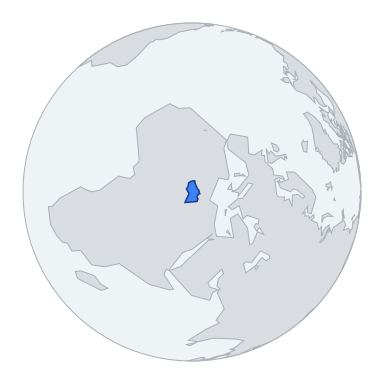 the Earth from above Murzuq, rotated 87°
{"feature_id": "LBY-2969", "entity_name": "Murzuq", "entity_type": "Municipality", "adm_level": 1, "iso_a3": "LBY", "parent_name": "Libya", "parent_adm1": "", "projection": "orthographic", "projection_center": [15.489, 24.47], "detail": "fine", "context": "on_globe", "style": "filled", "palette": "blue", "viewbox_px": 384, "rotation_deg": 87, "n_neighbors": 0, "source": "natural_earth", "source_scale": "10m", "svg_char_len": 10942}
<svg xmlns="http://www.w3.org/2000/svg" viewBox="0 0 384 384"><g transform="rotate(87 192 192)"><circle cx="192" cy="192" r="169" fill="#eef3f6" stroke="#a8b0b8"/><path d="M195.8,23.1L196.4,23.1L188.6,23.1L194.5,23.3L184.5,24.1L163.4,26.3L158.5,28.2L138.4,34.8L140.8,34.6L134.7,37.7L135.3,38.8L131.4,40.2L135.2,39.9L138.6,38.5L141.5,38.0L142.1,38.7L137.2,40.4L136.2,40.3L135.1,41.2L132.4,41.8L134.1,41.9L128.2,44.2L135.0,43.0L131.0,45.8L126.8,47.1L126.1,45.5L114.6,46.1L110.2,47.8L104.6,51.3L96.3,60.4L91.9,63.2L86.6,68.0L89.6,66.9L94.7,62.8L98.9,62.3L104.7,57.9L107.2,57.3L113.7,53.8L113.8,56.0L110.5,60.3L105.2,63.5L103.6,65.7L109.6,64.3L100.6,72.5L96.3,82.2L93.9,84.4L87.4,85.0L85.0,80.1L76.6,82.7L83.2,83.0L76.9,89.4L76.4,91.5L77.4,92.5L80.2,91.1L78.3,93.9L71.1,94.1L72.7,91.5L75.0,91.3L73.8,89.3L68.9,90.4L66.1,94.0L61.6,93.2L59.6,95.9L57.5,97.6L61.0,93.2L54.6,101.4L48.9,104.7L39.9,120.0L47.5,105.6L49.4,101.7L50.9,99.0L50.1,100.3L57.1,90.2L64.9,80.7L73.3,71.7L82.4,63.4L92.0,55.8L102.2,48.9L112.9,42.7L124.0,37.3L135.4,32.8L147.1,29.1L159.1,26.3L171.3,24.3L183.5,23.3L195.8,23.1ZM25.7,161.9L25.1,166.1L26.2,162.0L27.2,162.2L25.4,171.1L27.4,165.0L26.9,171.4L30.0,178.4L29.3,179.9L31.6,196.8L37.1,208.2L38.4,216.4L37.4,219.7L40.0,223.2L40.1,225.9L53.0,239.3L61.8,250.7L63.0,259.9L58.6,266.7L61.4,285.3L55.3,285.4L58.3,292.3L61.6,299.3L59.0,296.2L51.6,286.1L45.1,275.5L39.3,264.4L34.4,253.0L30.4,241.2L27.2,229.1L24.9,216.9L23.5,204.5L23.0,192.0L23.5,179.6L24.9,167.2L25.2,165.3L25.2,164.9L25.7,161.9ZM37.5,124.8L33.5,139.1L33.3,136.0L33.8,135.4L35.3,130.6L37.3,124.6L37.8,122.9L37.5,124.8ZM41.1,119.6L41.6,117.8L41.5,118.9L41.1,119.6ZM113.1,52.8L113.4,53.3L112.0,53.7L113.1,52.8ZM115.7,51.0L114.0,51.2L114.9,50.3L116.0,50.2L115.7,51.0ZM117.6,51.1L116.8,48.9L118.6,47.5L123.9,46.1L117.6,51.1ZM204.9,23.5L208.8,23.9L211.1,24.1L208.2,24.3L203.6,23.5L198.5,23.2L201.8,23.3L204.9,23.5ZM139.5,37.8L135.8,39.3L138.2,37.5L139.5,37.8ZM140.3,36.8L143.8,32.8L149.5,31.2L147.2,32.7L154.1,30.5L155.2,31.6L151.6,33.1L147.7,33.8L151.1,33.8L140.3,36.8ZM205.6,24.5L206.2,24.8L204.3,24.5L205.6,24.5ZM142.8,37.7L143.0,36.9L147.9,35.4L148.5,36.7L146.7,36.8L142.8,37.7ZM155.4,29.5L159.2,28.8L161.1,29.5L162.8,29.4L155.7,31.5L155.4,29.5ZM145.9,37.4L148.6,37.5L146.8,38.9L142.9,38.4L145.9,37.4ZM149.0,34.5L151.4,33.9L150.2,34.6L149.0,34.5ZM142.1,44.4L142.3,43.2L144.8,42.2L142.1,44.4ZM149.7,37.5L150.3,37.0L151.4,36.6L152.7,37.0L149.7,37.5ZM157.6,32.0L157.6,32.5L160.6,31.1L162.1,31.8L157.1,33.2L159.9,32.9L160.4,33.1L155.8,34.0L157.6,32.0ZM157.2,36.2L151.4,38.6L150.6,41.0L148.2,41.8L149.9,37.9L157.2,36.2ZM156.8,34.8L156.5,35.8L153.8,36.2L152.2,35.7L156.8,34.8ZM165.0,31.8L163.9,30.4L165.1,30.2L165.0,31.8ZM157.6,36.7L159.0,36.2L157.8,36.9L157.6,36.7ZM163.3,33.2L162.8,32.6L164.1,32.4L163.3,33.2ZM162.2,35.6L160.3,36.3L159.2,36.0L162.2,35.6ZM163.2,34.4L165.1,34.2L160.0,35.4L162.7,34.2L163.2,34.4ZM164.7,33.0L165.3,32.7L164.7,33.3L164.7,33.0ZM167.6,36.7L161.3,38.3L158.9,37.4L165.3,36.0L167.6,36.7ZM235.5,28.7L232.1,27.9L237.3,29.2L239.9,30.0L239.2,29.8L242.6,30.8L248.1,32.7L261.7,38.6L276.8,46.5L273.6,44.1L275.8,45.3L276.1,45.4L288.6,53.4L300.4,62.4L311.3,72.4L312.4,73.5L312.6,73.6L317.7,79.1L314.6,75.8L318.7,80.8L314.6,76.5L319.8,83.0L322.5,85.6L320.4,82.4L326.6,90.4L329.8,94.3L336.8,105.0L343.0,116.1L345.2,120.8L348.6,129.9L349.8,132.9L348.7,131.7L351.0,139.6L356.0,151.7L357.1,156.5L359.1,169.4L358.4,166.0L355.6,162.7L357.8,174.8L360.0,180.3L360.9,190.1L360.3,189.6L359.1,181.2L358.1,179.8L356.5,169.5L351.9,156.9L351.2,162.7L349.5,156.8L343.1,148.2L341.1,156.3L339.1,178.5L341.9,194.1L339.8,203.2L329.8,185.2L324.2,171.4L321.3,174.7L310.4,165.9L293.7,172.1L290.6,168.8L287.6,172.0L279.9,170.2L275.0,164.6L270.6,166.3L283.4,180.9L288.0,179.1L291.0,171.0L293.8,176.8L301.2,179.9L295.3,197.8L269.4,218.7L265.8,207.2L240.9,178.0L241.1,174.1L240.9,173.7L240.6,173.0L239.3,179.4L234.7,173.5L249.1,194.8L252.0,204.4L269.0,219.5L267.7,221.7L272.9,224.3L288.2,215.6L288.6,219.6L281.9,239.7L259.7,268.4L262.1,283.0L259.6,295.8L244.5,306.2L244.7,314.9L236.7,319.0L235.4,323.8L228.4,329.5L217.0,335.0L199.0,336.2L198.9,332.2L191.3,324.3L181.1,303.0L186.6,292.5L185.4,284.0L172.3,264.5L175.3,253.3L171.5,248.4L163.9,249.4L159.5,243.5L154.8,243.1L124.9,244.3L115.3,235.4L102.7,209.6L107.8,200.8L107.8,189.5L141.9,155.0L150.1,157.9L178.0,154.0L181.7,155.5L179.4,164.4L201.2,174.8L207.0,167.1L225.7,171.5L237.5,169.8L239.9,152.7L220.5,155.1L216.2,147.4L230.8,138.5L247.6,137.1L246.4,134.1L235.0,128.7L238.0,122.6L230.9,126.5L234.4,129.2L230.1,132.0L226.7,129.7L227.8,127.4L222.6,126.7L218.3,138.3L221.3,142.4L208.0,145.6L211.9,152.8L208.6,156.6L200.8,145.9L200.9,141.8L187.2,130.7L185.9,135.2L198.7,146.2L195.1,145.5L193.4,152.5L191.8,146.6L178.1,134.2L165.5,136.9L150.9,153.6L143.3,154.7L136.2,150.7L140.0,133.5L156.7,133.3L158.3,127.9L153.7,119.9L159.2,120.8L159.3,117.7L165.5,117.5L173.0,110.3L179.1,109.6L180.9,100.6L184.3,99.2L182.3,104.8L184.1,108.6L199.1,107.5L201.7,105.5L201.7,99.9L205.8,100.6L203.8,95.4L211.9,92.8L200.4,91.9L200.0,86.1L204.2,81.5L202.1,79.7L195.2,87.3L194.3,90.6L196.8,93.6L192.6,103.4L187.7,105.2L184.3,94.9L177.0,96.7L177.5,88.6L195.8,71.8L204.0,68.5L220.0,74.2L218.7,77.7L212.4,77.3L219.3,82.7L218.2,79.8L221.7,80.7L222.2,76.0L224.7,76.4L220.9,71.4L224.0,71.4L226.3,74.6L229.7,68.4L235.8,67.6L235.4,66.1L233.2,64.7L242.4,65.0L241.6,63.9L238.4,63.3L234.8,60.8L232.1,56.8L235.4,57.1L236.8,58.6L244.8,62.6L248.1,67.0L249.2,66.7L247.1,63.1L237.4,58.1L234.8,55.7L239.7,57.5L237.7,56.6L237.5,55.5L240.3,54.9L235.1,52.8L228.0,42.0L232.8,40.3L238.0,42.7L236.5,37.2L242.1,36.8L239.0,36.1L236.3,33.6L234.5,33.7L232.8,33.2L224.9,28.3L225.7,27.8L218.8,25.9L217.3,25.6L216.3,25.8L208.2,24.3L211.1,24.1L214.5,24.5L214.4,24.5L235.5,28.7ZM131.4,173.7L130.8,177.2L131.4,173.7ZM266.3,144.3L275.7,142.7L269.6,133.4L272.7,132.1L269.6,129.6L269.2,132.7L261.1,125.7L264.5,121.8L262.4,117.7L259.2,118.2L254.3,126.6L265.8,136.4L264.4,141.1L266.3,144.3ZM30.2,178.6L30.3,181.2L29.6,180.0L30.2,178.6ZM32.1,139.0L31.8,140.7L31.3,142.8L31.2,142.1L32.1,139.0ZM33.1,151.7L33.5,154.2L32.6,153.1L33.1,151.7ZM33.2,141.1L32.8,150.1L31.2,149.1L31.6,143.7L32.0,145.3L33.2,141.1ZM38.7,123.7L38.3,125.2L37.6,126.5L38.7,123.7ZM41.1,120.4L41.0,120.2L41.8,118.5L41.1,120.4ZM77.4,89.3L77.9,89.4L78.3,91.0L77.0,91.2L77.4,89.3ZM87.3,93.2L84.1,97.7L85.4,94.5L82.9,95.4L82.6,90.1L92.6,85.3L88.1,88.3L87.3,93.2ZM85.1,82.3L84.1,85.8L84.8,82.2L85.1,82.3ZM154.2,102.6L156.6,104.6L154.8,108.0L147.1,110.2L149.6,105.1L154.2,102.6ZM160.6,106.6L159.3,96.6L164.1,95.2L161.6,97.6L164.9,97.7L161.8,101.7L167.6,110.8L166.4,114.5L152.7,115.7L157.9,113.1L155.1,111.1L160.6,106.6ZM147.8,77.4L147.3,74.1L158.3,75.2L157.4,78.2L149.7,80.2L146.1,78.0L147.8,77.4ZM127.2,49.6L126.3,49.2L127.7,48.6L129.5,48.5L127.2,49.6ZM142.0,43.9L132.5,51.5L131.0,51.2L127.2,56.6L121.8,58.1L124.4,54.4L117.4,59.9L117.6,57.2L113.3,61.1L119.7,52.8L119.6,51.0L121.8,52.4L126.8,51.0L128.9,49.9L134.8,45.5L137.1,41.4L142.4,39.8L145.5,39.8L145.8,40.5L142.3,41.2L145.2,41.7L140.3,43.3L142.0,43.9ZM179.3,46.6L175.1,46.1L180.1,49.4L175.2,50.2L176.1,50.5L173.0,52.3L170.7,55.2L168.4,55.3L168.5,56.4L166.5,57.8L165.9,59.5L161.4,60.3L160.3,62.5L158.8,61.7L158.1,65.3L156.7,63.0L153.9,64.9L156.8,66.2L134.3,68.7L126.0,72.2L119.9,76.7L118.2,72.8L122.8,66.3L130.7,59.8L138.9,57.2L136.6,56.1L139.9,54.7L140.3,56.1L141.6,53.1L144.4,52.4L151.4,47.9L151.5,44.5L154.1,43.0L155.4,44.0L157.0,41.9L161.3,42.8L163.2,41.9L169.3,42.1L170.8,44.9L172.8,43.7L177.6,44.1L179.3,46.6ZM169.2,36.9L172.1,39.5L170.8,41.5L160.7,40.3L158.4,41.1L151.9,40.9L153.8,38.3L155.5,38.5L157.6,38.1L156.1,39.1L158.9,38.1L161.3,38.5L164.1,37.9L164.2,38.9L169.2,36.9ZM185.2,152.0L187.9,152.3L192.1,151.8L191.1,156.4L185.2,152.0ZM175.7,143.6L178.1,143.0L178.7,148.8L175.9,148.7L175.7,143.6ZM178.9,138.0L178.2,142.5L176.9,140.0L178.9,138.0ZM184.4,104.1L186.9,103.3L187.3,104.6L186.2,106.6L184.4,104.1ZM193.1,58.2L190.9,57.2L191.5,56.6L189.3,53.2L192.8,52.6L195.4,54.4L193.1,58.2ZM236.9,156.1L233.8,159.7L231.9,158.4L233.3,157.4L236.9,156.1ZM211.6,158.5L217.6,160.1L211.3,159.8L211.6,158.5ZM196.5,57.0L195.2,55.6L197.7,56.2L196.5,57.0ZM195.2,52.0L198.0,52.4L192.9,52.2L195.2,52.0ZM281.7,335.0L281.3,335.4L279.4,336.5L281.7,335.0ZM285.5,287.7L272.3,310.9L265.2,312.7L264.9,307.1L270.5,293.7L279.2,288.0L283.7,281.0L285.5,287.7ZM360.4,205.9L360.3,204.5L357.5,189.6L358.6,187.6L360.9,193.7L360.8,196.4L360.9,197.8L360.4,205.9ZM342.5,195.3L345.5,202.8L344.1,205.6L342.5,195.3ZM351.5,137.1L352.0,139.5L351.2,137.4L350.0,133.1L351.5,137.1ZM224.0,52.7L223.2,57.8L224.8,61.7L229.4,64.0L222.6,63.2L220.0,57.2L224.0,52.7ZM227.2,43.2L223.2,41.6L225.1,41.2L226.2,41.5L227.2,43.2ZM224.6,43.0L219.5,43.3L217.3,41.8L221.8,41.8L224.6,43.0ZM208.1,49.4L207.6,50.8L205.5,50.3L208.1,49.4ZM275.2,44.9L273.5,44.0L270.4,42.4L272.0,43.2L275.2,44.9ZM207.8,24.8L206.3,24.8L206.8,24.6L207.8,24.8ZM231.9,33.3L229.7,32.7L230.4,32.3L231.9,33.3ZM224.0,30.8L224.8,31.7L222.6,30.6L224.0,30.8ZM226.8,33.8L224.5,32.0L228.7,34.0L226.8,33.8Z" fill="#d9dde1" stroke="#a8b0b8" stroke-width="1"/><path d="M202.1,199.5L201.7,199.3L201.4,199.2L201.0,199.0L200.7,198.8L200.3,198.7L200.0,198.5L199.7,198.3L199.3,198.1L199.0,198.0L198.6,197.8L198.3,197.6L198.0,197.4L197.6,197.3L197.3,197.1L197.0,196.9L196.6,196.7L196.3,196.6L195.9,196.4L195.6,196.2L195.3,196.0L194.9,195.9L194.6,195.7L194.3,195.5L193.9,195.3L193.6,195.2L193.3,195.0L193.2,195.1L192.9,195.2L192.7,195.3L192.4,195.5L192.2,195.6L191.9,195.7L191.8,195.8L191.6,195.9L191.4,195.9L191.3,196.0L191.1,196.1L190.8,196.2L190.7,196.3L190.1,196.6L189.7,196.8L189.2,197.1L188.7,197.4L188.4,197.3L188.0,197.0L187.7,196.7L187.4,196.4L187.0,196.1L186.9,195.9L186.6,195.8L186.3,195.7L186.0,195.6L185.8,195.6L185.6,195.5L185.3,195.4L185.1,195.4L184.9,195.3L184.6,195.3L184.4,195.2L184.1,195.1L183.9,195.1L183.7,195.0L183.4,194.9L183.2,194.9L182.7,194.8L182.5,194.7L182.3,194.3L182.1,193.9L181.8,193.2L181.6,192.8L181.5,192.4L181.4,192.4L181.2,192.3L181.2,191.9L181.2,191.5L180.9,190.9L180.9,190.3L180.9,189.7L180.9,189.1L181.1,188.6L181.7,188.4L182.1,188.6L182.3,188.7L182.8,188.7L183.1,188.6L183.4,188.4L183.7,188.2L184.1,188.3L184.4,188.2L184.6,188.1L184.9,188.0L185.3,187.8L185.9,187.8L186.2,187.6L186.5,187.3L186.7,187.1L187.2,187.0L187.9,186.7L188.4,186.7L188.7,186.6L189.2,186.4L189.5,186.1L189.8,185.8L190.0,185.5L190.3,185.2L190.6,185.1L191.0,185.0L191.4,184.9L191.9,184.8L192.4,184.8L192.7,184.7L194.1,184.3L194.1,184.5L194.1,185.0L194.3,185.2L194.6,185.3L194.9,185.6L194.8,185.9L195.0,186.2L195.3,186.5L195.5,186.6L195.7,186.8L195.8,187.0L196.2,187.1L196.7,187.2L197.1,187.3L197.3,187.2L197.5,187.1L197.8,187.0L198.1,187.0L198.4,186.7L198.5,186.6L198.8,186.4L199.2,186.3L199.5,186.4L199.7,186.7L200.0,187.0L200.3,187.0L200.6,187.1L201.0,187.1L201.3,187.2L201.6,187.3L201.8,188.8L201.8,190.3L201.9,191.7L201.9,193.2L202.0,194.7L202.0,196.1L202.1,197.6L202.1,199.1L202.1,199.3L202.1,199.5Z" fill="#3b82f6" stroke="#1e3a8a" stroke-width="1.5"/></g></svg>